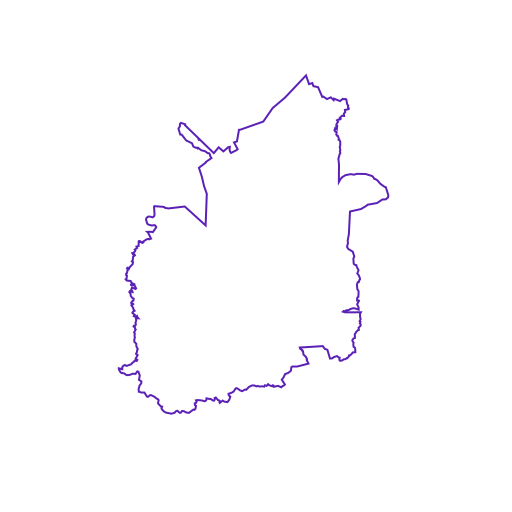 the district of San Pedro Lagunillas, Nayarit, Mexico, rotated 33°
{"feature_id": "50627088B36429080609607", "entity_name": "San Pedro Lagunillas", "entity_type": "district", "adm_level": 2, "iso_a3": "MEX", "parent_name": "Mexico", "parent_adm1": "Nayarit", "projection": "orthographic", "projection_center": [-104.74, 21.167], "detail": "fine", "context": "isolated", "style": "outline", "palette": "violet", "viewbox_px": 512, "rotation_deg": 33, "n_neighbors": 0, "source": "geoboundaries", "source_scale": "gbopen_adm2", "svg_char_len": 6131}
<svg xmlns="http://www.w3.org/2000/svg" viewBox="0 0 512 512"><g transform="rotate(33 256 256)"><path d="M273.2,430.2L274.3,428.6L277.3,429.1L278.3,428.3L278.4,426.3L280.1,425.4L282.5,425.3L285.2,424.1L287.1,418.9L288.2,418.5L288.4,417.0L287.2,414.3L286.0,414.3L284.9,412.9L285.8,411.5L285.6,410.7L284.3,409.7L285.8,408.4L289.6,406.5L291.9,405.9L292.6,405.0L292.7,403.8L292.0,402.3L294.6,401.4L295.8,400.6L298.9,400.6L299.7,399.9L299.3,398.1L298.7,397.7L299.3,396.6L302.4,397.5L304.4,397.2L304.9,397.5L304.9,398.4L305.6,398.9L306.8,395.4L308.7,395.4L311.6,394.1L311.9,391.1L311.0,387.9L309.1,387.7L308.0,386.5L310.0,384.0L311.0,382.0L311.1,378.1L311.7,377.4L313.9,377.2L315.5,377.4L318.0,376.9L319.6,373.9L320.7,373.5L321.4,369.6L323.3,366.6L325.1,365.5L327.4,365.1L328.2,364.0L329.8,363.7L332.8,361.5L334.0,361.1L333.9,359.6L335.6,359.2L336.0,356.9L337.4,357.2L340.3,356.5L340.4,355.9L340.8,355.8L340.7,355.2L341.3,355.1L342.1,356.0L345.1,353.0L348.8,352.3L348.9,351.0L350.0,349.3L350.2,348.0L345.0,345.7L345.2,342.9L344.7,339.1L346.5,336.8L347.6,334.0L347.7,333.0L346.2,330.0L346.7,328.9L350.7,326.3L358.6,317.7L355.0,315.5L354.9,314.6L352.7,313.4L349.5,312.8L347.3,310.3L346.3,309.8L346.0,310.1L345.6,309.7L343.7,309.8L342.6,308.9L361.1,295.2L364.2,296.4L367.0,295.8L373.9,301.7L375.8,300.2L376.2,298.5L378.5,295.8L380.7,296.1L381.5,295.7L382.5,297.7L383.6,298.1L385.2,296.6L385.8,294.9L387.2,293.8L387.8,292.1L388.2,292.0L388.6,289.6L388.1,288.8L389.0,288.0L389.6,286.0L389.6,284.3L391.7,282.6L389.9,280.0L388.8,279.0L387.3,279.0L385.6,276.9L385.0,275.5L383.2,274.8L382.6,274.0L382.7,272.1L383.6,270.8L381.5,267.9L381.4,265.3L381.9,262.5L382.5,261.9L381.1,260.3L381.7,257.5L380.9,256.2L379.8,256.0L379.4,254.3L378.4,254.2L378.2,252.0L376.9,250.9L375.2,248.6L374.7,247.6L374.6,246.1L361.4,254.7L359.3,255.3L359.5,254.4L360.8,254.1L361.0,252.8L363.5,250.5L363.9,249.2L366.0,246.8L368.2,245.8L371.3,245.1L370.1,243.3L367.1,241.4L366.8,237.5L366.3,237.3L365.1,238.3L364.5,237.6L363.6,235.6L364.1,234.5L361.5,230.1L361.0,229.5L359.0,228.6L356.2,225.0L355.6,222.5L356.4,221.9L355.8,220.1L356.0,219.1L355.2,218.0L352.7,216.2L350.5,215.5L349.7,212.0L346.5,210.3L345.1,209.0L343.4,209.6L342.2,209.3L339.1,205.2L338.7,202.9L334.9,199.7L329.4,199.8L327.3,198.7L326.1,195.1L324.5,193.1L322.0,187.1L310.6,167.5L318.5,159.4L321.2,153.9L321.6,152.3L328.7,145.6L331.2,139.8L334.0,137.8L334.8,134.9L333.9,133.0L327.4,127.6L326.3,128.0L320.8,127.7L316.5,126.4L314.0,126.5L313.3,126.9L311.1,125.9L309.8,125.7L303.3,127.5L295.8,132.2L293.9,134.4L290.8,135.8L287.0,139.5L285.4,142.9L285.0,145.2L285.2,148.8L275.8,134.1L272.1,129.5L270.6,124.6L270.7,123.8L269.2,122.4L269.2,121.5L266.7,118.7L266.6,117.7L264.5,114.4L262.9,113.3L262.0,113.6L261.4,112.3L259.1,110.6L258.4,111.0L257.1,110.3L256.2,108.2L255.2,108.1L254.6,108.4L253.2,107.7L253.3,106.7L252.7,105.9L253.8,105.3L254.7,105.5L253.3,102.8L252.6,103.4L251.7,101.6L251.7,98.7L250.0,98.0L250.6,96.9L252.1,95.7L252.3,95.0L251.4,95.0L251.0,94.6L251.7,91.6L253.6,90.6L252.2,88.9L252.4,86.6L251.0,85.1L253.7,82.4L253.4,81.6L252.4,81.4L251.8,80.8L251.6,79.8L249.5,78.8L246.6,75.6L245.5,75.5L244.5,76.6L243.2,76.9L242.1,80.3L235.7,81.6L236.2,83.0L232.3,82.2L230.1,85.7L225.4,85.7L224.9,86.5L216.1,80.6L211.7,82.3L209.0,80.3L206.9,83.0L199.6,77.3L194.0,107.6L189.4,122.8L188.9,139.3L173.9,158.8L173.0,159.4L177.6,170.3L175.7,172.7L182.4,176.4L182.1,177.7L178.9,183.2L177.1,182.4L175.9,181.2L174.6,178.7L173.5,179.8L171.7,186.0L165.5,185.2L164.6,192.7L145.2,188.9L144.9,189.7L144.4,189.4L144.8,188.8L125.3,185.0L124.9,184.1L120.5,185.3L120.3,186.8L121.5,188.5L121.6,191.4L126.3,195.4L127.6,194.7L134.5,197.1L140.9,196.3L143.8,198.3L146.3,198.1L147.2,197.5L148.5,197.6L148.5,196.8L152.7,197.1L155.9,195.9L159.7,196.0L160.6,195.4L162.2,196.0L163.4,197.3L165.3,198.1L162.7,204.6L163.0,205.0L160.1,213.1L167.4,219.0L174.4,225.7L180.9,230.7L197.1,257.8L169.3,253.3L156.8,263.7L153.6,265.2L152.6,264.9L150.6,265.7L143.6,269.6L143.7,270.3L148.3,276.4L148.9,278.1L148.2,279.9L145.8,280.6L144.2,281.6L143.4,283.6L144.0,285.5L147.2,288.1L148.4,288.3L152.0,287.2L153.9,285.5L154.9,285.3L156.5,286.0L156.7,286.7L156.5,292.2L154.7,292.9L151.7,295.0L152.8,295.2L158.5,298.6L157.2,300.3L156.4,300.3L155.2,301.6L153.5,305.4L154.1,305.9L153.5,307.0L152.2,306.9L151.4,307.4L150.9,306.7L149.7,307.1L149.6,307.6L152.1,311.5L150.6,313.2L151.9,314.1L150.8,316.7L151.8,317.1L152.0,317.8L151.5,320.1L150.7,321.0L151.9,321.6L153.1,320.8L154.1,321.4L153.3,323.4L154.9,326.5L154.8,328.1L156.1,328.1L157.0,330.0L156.2,333.8L156.4,335.8L155.5,335.4L154.6,335.8L154.5,336.5L155.9,336.9L155.8,337.9L156.3,338.2L157.0,340.7L156.7,341.6L157.7,342.8L158.4,342.7L159.8,345.6L159.4,346.5L161.0,347.0L164.5,345.2L166.5,346.3L166.8,348.3L167.7,348.5L169.1,347.3L168.2,346.1L169.4,345.9L169.6,346.4L173.1,348.5L172.9,349.3L169.9,349.8L169.3,350.3L169.7,352.2L171.6,352.9L172.1,353.5L169.3,354.2L169.4,355.2L171.4,356.0L172.7,357.7L174.9,358.5L176.7,358.4L177.5,360.3L176.9,360.8L176.8,363.3L177.4,363.6L179.0,363.0L179.3,363.2L178.4,365.2L181.3,366.4L181.7,367.1L184.0,368.1L183.2,369.4L183.3,371.0L186.4,371.4L186.2,372.9L188.0,372.8L188.8,371.1L189.5,371.8L191.2,372.3L189.8,373.0L189.5,374.2L190.4,374.7L191.4,377.9L192.4,378.6L192.7,379.9L191.6,381.1L191.7,381.8L193.3,381.8L194.2,383.0L195.1,383.1L195.4,386.5L196.5,386.9L197.6,389.1L198.8,390.3L199.5,392.5L200.7,394.2L203.4,394.8L204.7,396.8L207.6,398.5L207.6,399.7L208.4,401.3L208.7,403.4L210.7,403.6L211.0,407.7L213.1,407.8L213.1,409.0L211.2,409.9L211.2,411.4L210.5,412.8L210.3,414.8L207.3,418.7L205.5,418.8L204.6,420.0L204.4,422.1L205.5,423.8L202.1,424.9L202.5,425.6L205.2,427.1L206.8,427.4L209.1,426.3L212.3,426.4L214.4,425.0L216.9,421.7L219.2,420.5L219.2,417.7L219.5,417.3L220.4,417.1L223.6,419.5L225.3,423.6L228.2,423.6L229.1,425.3L228.9,427.9L230.0,431.5L231.7,433.6L234.3,432.9L236.7,431.3L241.2,433.3L242.1,432.9L242.9,430.5L243.6,429.9L247.3,429.4L250.2,429.7L251.8,429.5L252.9,430.0L253.9,432.7L254.5,433.1L258.3,434.0L259.3,433.5L259.8,435.3L261.1,436.0L263.4,436.5L265.7,436.4L271.0,434.3L273.2,431.7L273.2,430.2Z" fill="none" stroke="#5b21b6" stroke-width="2"/></g></svg>